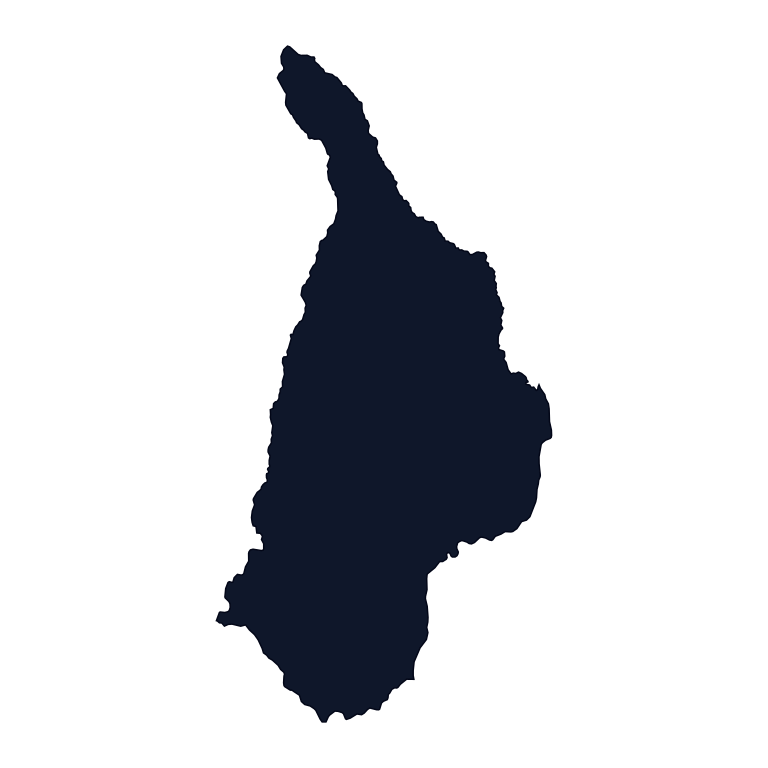 Recetor, Casanare, Colombia (Equal Earth projection)
{"feature_id": "7082276B50018547886325", "entity_name": "Recetor", "entity_type": "district", "adm_level": 2, "iso_a3": "COL", "parent_name": "Colombia", "parent_adm1": "Casanare", "projection": "equal_earth", "projection_center": [-72.771, 5.277], "detail": "fine", "context": "isolated", "style": "filled", "palette": "ink", "viewbox_px": 768, "rotation_deg": 0, "n_neighbors": 0, "source": "geoboundaries", "source_scale": "gbopen_adm2", "svg_char_len": 6095}
<svg xmlns="http://www.w3.org/2000/svg" viewBox="0 0 768 768"><path d="M281.5,63.3L283.7,66.9L283.9,69.2L283.2,70.5L279.4,73.6L277.4,77.9L284.6,91.2L286.5,93.8L285.6,102.4L285.9,105.2L290.8,113.8L292.5,114.8L293.5,117.4L295.8,120.7L296.6,122.7L299.1,124.7L301.6,128.7L303.7,130.2L305.0,131.9L307.5,133.4L308.5,137.9L309.8,138.7L311.7,138.1L314.3,139.2L319.2,139.0L321.6,140.3L325.8,148.1L327.3,153.4L328.0,154.4L329.1,154.7L329.8,155.8L330.3,157.3L327.2,165.8L328.7,168.9L327.7,171.5L328.6,179.4L331.7,185.6L332.8,189.5L334.8,190.9L335.3,192.2L335.2,194.5L337.2,197.2L337.6,198.6L338.0,210.9L336.1,215.6L335.5,219.2L333.8,223.8L330.1,226.5L327.5,230.1L327.7,233.0L326.8,236.6L322.8,240.3L321.8,240.4L320.3,241.5L319.3,245.7L319.4,250.1L316.2,255.2L316.8,258.0L316.2,261.7L315.3,263.9L313.3,265.7L309.9,271.8L309.8,273.1L310.7,275.8L310.4,276.7L307.0,280.8L305.9,284.1L303.6,285.4L302.3,287.5L301.1,295.1L305.3,302.3L306.2,305.3L305.1,308.1L305.3,312.3L304.0,314.6L302.6,319.5L301.5,320.9L299.6,321.8L297.7,324.9L295.8,326.8L294.0,330.7L292.9,334.6L291.1,334.3L290.4,335.1L291.3,338.6L288.5,348.4L287.2,351.0L287.0,352.3L287.7,354.4L287.6,355.6L286.7,356.8L283.9,356.9L282.8,358.3L282.5,362.8L284.2,367.1L283.9,369.9L284.5,374.3L282.4,381.5L282.6,386.8L280.2,389.1L280.2,391.9L279.1,394.9L279.0,398.4L277.8,400.6L276.5,401.8L275.4,401.8L273.6,403.6L273.2,408.4L270.3,409.7L270.6,414.7L270.3,417.3L271.4,422.1L272.8,425.6L271.8,432.7L272.5,435.7L271.2,439.2L271.4,442.9L268.7,447.2L268.1,449.9L268.1,452.0L270.1,456.0L269.2,460.4L269.2,464.3L269.7,465.3L269.7,466.8L267.8,468.4L267.6,469.4L268.8,471.9L268.3,473.0L266.7,473.7L266.4,475.0L266.5,477.7L267.2,479.4L267.3,481.2L266.8,482.3L264.8,483.0L263.0,484.7L261.5,486.9L261.0,489.4L257.2,492.4L253.5,498.6L253.2,500.0L254.6,504.8L252.3,511.0L251.5,517.5L252.1,522.3L253.2,525.8L255.6,526.4L256.1,527.2L256.8,533.0L260.3,533.3L261.9,535.3L262.4,536.5L261.5,539.6L263.7,543.7L263.7,548.8L263.3,550.0L261.6,550.6L253.0,549.2L250.4,549.9L249.0,551.8L248.6,553.4L248.7,561.2L245.5,566.8L243.8,573.6L242.9,574.6L241.3,575.1L237.4,574.4L234.2,577.6L232.9,582.1L232.1,582.4L229.2,581.7L228.0,582.5L225.7,588.5L224.9,596.9L225.2,597.9L229.0,601.6L230.0,603.8L230.2,607.3L229.5,609.8L228.7,611.2L227.6,611.8L224.8,612.5L220.1,612.0L219.4,612.5L216.4,620.7L217.4,621.0L219.4,622.8L221.8,623.0L224.4,626.1L228.2,624.4L232.0,624.1L240.7,626.2L245.6,624.9L249.5,630.0L254.5,634.6L258.2,639.9L262.2,648.5L263.5,652.9L266.6,655.1L268.9,658.1L272.4,660.1L278.1,665.3L280.6,669.4L283.9,672.3L284.5,674.2L284.0,676.0L283.6,682.8L284.0,685.6L284.7,686.6L290.2,690.1L291.7,690.1L299.4,695.2L301.4,701.5L304.7,704.5L310.2,706.0L314.2,708.7L315.8,710.3L320.2,719.2L322.1,721.9L326.0,721.9L328.3,716.8L329.5,715.2L334.9,711.1L338.0,711.3L342.2,712.6L343.5,713.8L345.5,718.8L346.4,719.4L350.3,718.1L356.9,714.0L361.6,714.7L364.2,713.1L367.6,709.4L369.8,708.0L376.5,709.7L378.7,709.8L379.6,709.2L381.5,703.0L383.4,701.3L387.3,699.6L388.0,697.8L388.3,694.5L389.7,693.1L391.9,689.3L394.6,687.8L396.8,688.0L398.0,687.3L400.3,684.3L406.6,679.2L413.9,679.3L413.2,675.5L413.2,670.5L414.1,661.8L420.1,647.8L426.4,639.5L427.9,632.6L426.7,627.4L427.8,622.1L428.0,617.4L427.2,606.3L425.4,598.7L425.5,596.3L427.0,589.7L426.7,578.7L427.1,574.4L427.7,573.6L434.9,567.7L439.6,561.6L442.7,561.5L446.2,559.3L447.1,557.7L446.6,554.6L446.8,553.6L447.8,552.5L449.9,553.2L451.1,556.0L452.3,557.0L455.1,557.0L457.0,555.7L458.0,553.8L458.3,552.0L456.9,548.9L456.6,546.7L457.7,542.7L459.7,541.4L461.6,540.6L463.0,540.8L467.0,542.1L469.1,543.5L471.5,543.9L474.5,542.5L479.7,537.6L481.7,537.1L485.6,538.0L489.5,540.0L491.7,540.4L492.8,539.7L495.3,536.3L501.0,534.1L505.1,531.6L510.9,531.9L512.8,531.5L516.9,528.6L521.6,521.6L526.5,520.1L529.9,516.7L535.7,501.8L536.5,497.8L537.0,489.4L538.3,483.9L538.7,480.2L540.1,476.8L540.3,475.1L539.1,463.8L539.0,456.7L541.2,444.4L542.3,442.8L545.5,440.2L550.1,438.4L551.2,437.4L551.6,435.4L551.4,430.1L549.5,421.6L549.1,408.7L548.4,403.8L545.7,398.8L544.8,394.7L540.4,388.3L539.0,384.8L538.1,386.9L537.7,389.5L536.3,390.4L533.7,387.1L531.3,387.5L529.6,385.0L526.1,384.3L525.8,382.5L527.9,382.0L528.0,381.4L526.6,379.8L526.2,377.8L525.5,376.7L521.6,373.5L518.5,372.1L515.8,373.5L513.3,373.1L511.1,373.9L508.1,369.7L506.1,362.4L503.6,359.1L504.8,356.2L504.4,351.9L503.2,350.9L499.0,349.6L498.7,348.8L498.6,347.6L499.5,345.7L498.1,343.7L498.2,337.1L499.0,333.9L501.1,330.0L502.5,328.7L502.5,327.8L500.8,325.0L501.8,320.5L500.4,317.7L502.8,312.7L502.7,310.6L503.7,308.2L501.7,306.4L501.1,302.8L500.1,301.5L499.0,297.3L496.4,294.8L497.1,292.6L495.7,289.6L496.3,287.7L496.0,286.2L496.3,283.5L494.2,280.5L495.1,276.2L493.9,274.3L494.7,271.8L491.8,268.1L490.4,268.0L488.9,266.9L488.4,266.0L488.4,263.3L486.0,261.8L485.5,260.3L486.6,256.6L486.1,255.0L484.0,252.6L480.7,252.7L478.4,252.0L476.7,252.2L472.2,254.6L469.8,254.5L468.1,251.9L467.2,251.3L463.9,251.1L461.8,249.9L459.8,250.0L458.9,249.5L458.3,248.0L455.8,248.1L454.3,244.4L453.3,243.6L449.6,242.7L448.1,241.2L445.2,241.1L444.2,237.9L442.6,237.2L441.1,234.1L438.2,231.3L436.2,224.6L434.8,223.9L433.4,222.0L431.7,221.6L429.6,222.0L426.2,221.2L423.8,219.6L423.1,217.2L419.1,217.3L418.4,217.9L415.8,216.6L414.3,213.8L412.1,212.4L411.1,210.5L410.7,207.5L408.8,205.9L408.8,203.5L408.3,202.7L406.1,200.5L404.2,200.8L402.7,199.6L401.9,196.6L399.4,194.8L395.5,186.2L396.8,183.2L396.8,182.3L394.0,180.1L393.0,176.0L391.1,173.8L390.3,171.7L387.5,169.4L384.1,165.1L383.4,161.8L381.7,160.7L381.3,158.5L379.3,156.3L379.2,155.2L377.9,154.2L376.3,147.3L377.4,143.9L377.4,141.0L375.5,137.9L372.7,137.1L368.9,133.7L368.4,132.7L368.2,130.3L369.2,125.9L367.4,120.8L365.0,119.3L364.0,114.9L362.7,112.8L362.0,108.8L361.9,103.6L361.4,102.5L358.1,101.1L357.0,98.8L354.2,96.1L352.9,93.5L350.9,92.0L349.7,90.1L345.6,85.8L343.3,85.9L342.1,85.2L341.4,83.0L336.9,77.5L335.1,77.0L332.1,74.5L324.7,72.8L323.3,69.4L320.6,67.5L318.5,64.8L314.9,61.8L314.4,59.7L314.8,58.5L314.0,57.0L310.9,57.0L307.2,55.3L301.0,55.4L298.2,54.5L289.8,46.9L287.5,46.1L283.6,49.8L281.0,56.4L281.5,63.3Z" fill="#0f172a" stroke="#020617" stroke-width="1.5"/></svg>